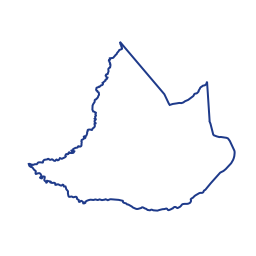 map outline of El Beni (Natural Earth projection), rotated 263°
{"feature_id": "BOL-1293", "entity_name": "El Beni", "entity_type": "Department", "adm_level": 1, "iso_a3": "BOL", "parent_name": "Bolivia", "parent_adm1": "", "projection": "natural_earth1", "projection_center": [-65.092, -13.43], "detail": "fine", "context": "isolated", "style": "outline", "palette": "blue", "viewbox_px": 256, "rotation_deg": 263, "n_neighbors": 0, "source": "natural_earth", "source_scale": "10m", "svg_char_len": 5651}
<svg xmlns="http://www.w3.org/2000/svg" viewBox="0 0 256 256"><g transform="rotate(263 128 128)"><path d="M104.4,25.1L104.5,25.5L103.9,27.1L103.5,27.5L102.8,27.7L102.8,27.9L103.2,28.8L103.0,29.2L103.0,29.7L103.4,30.9L103.2,33.0L103.7,33.7L104.2,34.0L104.6,34.5L104.8,35.5L104.5,37.4L104.1,38.9L104.2,39.3L105.4,39.7L105.9,40.1L106.3,40.6L106.6,41.1L106.7,44.0L107.1,44.7L107.1,45.1L107.0,45.4L106.3,46.0L105.9,46.8L105.9,47.4L106.2,48.7L105.9,49.3L104.8,50.3L104.4,50.9L104.3,51.7L104.6,52.2L105.1,52.6L105.4,53.1L105.2,53.6L104.5,54.3L104.6,55.1L105.0,55.7L106.4,56.8L106.2,57.2L105.6,58.3L105.5,58.6L106.6,61.8L107.3,62.8L108.4,62.5L109.4,63.2L109.6,63.6L109.6,64.0L109.3,64.6L109.5,65.5L110.2,65.7L110.8,66.2L111.0,66.5L110.3,66.8L110.2,67.1L110.3,67.9L110.0,69.1L110.0,70.3L110.1,70.8L111.1,71.7L111.4,71.9L111.7,71.5L111.9,69.5L112.1,69.2L112.5,69.1L112.6,69.4L112.5,70.1L112.9,70.6L113.9,71.2L114.2,72.3L114.7,73.4L114.7,74.7L114.8,75.5L115.0,75.8L115.7,76.1L115.9,76.4L115.9,76.9L115.4,77.8L115.4,78.5L115.6,79.0L115.9,79.4L116.8,79.8L118.0,79.9L119.8,80.4L120.5,80.1L121.8,80.6L122.2,81.8L122.5,82.5L123.5,83.6L123.2,84.1L123.4,84.4L123.7,84.6L124.1,84.5L124.2,83.3L124.3,83.1L124.8,83.1L125.1,83.8L125.1,84.1L124.8,84.7L125.5,85.7L127.6,86.8L128.9,86.9L129.4,87.4L130.0,87.7L130.6,87.6L131.1,88.1L131.2,88.8L131.1,90.2L130.5,91.6L130.6,92.2L131.7,92.7L132.5,94.1L133.3,95.0L133.9,95.3L134.6,95.4L135.7,95.2L136.2,95.3L136.5,96.4L137.0,96.4L138.0,95.6L138.6,95.6L139.1,95.7L139.5,96.0L140.3,97.0L140.6,97.1L141.3,96.1L141.8,96.7L143.5,96.8L144.1,97.7L144.7,97.7L145.6,97.3L146.0,97.4L146.6,97.9L147.1,98.0L147.4,97.6L148.8,95.6L148.8,95.4L150.6,94.9L154.7,95.6L156.4,96.7L157.6,97.8L158.1,98.1L159.4,98.3L159.7,98.4L160.2,99.0L160.4,100.0L161.1,100.5L161.3,101.1L162.4,102.0L163.4,102.4L164.2,103.1L164.6,103.3L166.6,103.3L166.9,103.2L167.3,102.6L167.9,102.1L168.5,102.1L168.9,101.4L169.8,101.0L171.6,101.6L171.9,102.1L172.1,103.3L172.5,103.9L172.3,104.3L172.3,104.7L173.3,105.9L173.5,106.2L173.6,106.9L173.8,107.6L174.1,108.1L174.5,108.4L175.1,108.6L175.8,108.2L176.1,108.7L177.7,111.2L177.8,111.4L178.6,111.5L178.8,111.7L179.0,112.5L179.3,113.0L179.8,113.4L180.4,113.7L180.5,113.1L180.8,112.9L181.8,112.8L182.5,112.2L182.8,112.2L183.4,112.6L183.9,113.1L184.0,114.2L184.1,114.4L186.7,115.6L188.4,115.6L189.0,115.7L189.4,116.0L190.2,117.1L190.3,117.6L190.9,117.7L191.7,118.1L193.0,118.3L193.4,118.2L193.7,117.9L194.3,118.2L194.8,118.1L195.2,117.8L196.6,117.5L196.9,117.5L197.7,118.1L197.7,117.4L198.0,117.5L198.7,118.4L199.0,118.5L199.4,118.5L199.4,121.2L199.5,121.8L199.8,122.3L200.4,122.8L201.7,124.4L202.1,124.6L202.6,125.6L203.9,126.4L205.3,128.0L206.4,128.8L207.1,131.3L207.4,131.7L208.1,131.8L209.8,131.3L210.3,131.6L210.9,131.2L212.3,130.7L214.5,130.5L157.1,168.2L147.2,171.5L145.8,172.2L146.4,175.4L146.5,179.4L146.6,181.1L146.6,182.1L146.2,184.0L146.5,185.6L146.7,186.2L147.6,187.8L148.6,191.2L151.7,196.6L152.2,197.1L153.3,197.7L153.7,198.2L153.9,198.7L154.0,200.3L154.2,200.8L155.5,202.4L155.9,202.6L156.5,202.7L156.8,202.9L157.7,203.7L159.1,204.6L159.7,205.3L160.0,206.1L160.8,207.3L161.0,209.0L161.1,209.7L161.4,210.1L162.4,211.3L163.8,211.8L164.4,212.1L125.7,209.9L125.3,209.9L124.9,209.7L122.1,210.4L111.1,211.8L110.2,212.5L108.8,215.2L107.9,217.4L107.8,217.9L107.8,219.0L106.3,224.4L105.8,225.4L105.4,226.0L102.7,227.5L92.6,230.8L91.7,230.9L90.3,230.8L87.2,230.1L85.0,229.2L83.5,228.4L80.7,226.3L80.1,225.7L75.3,220.0L73.7,217.5L72.7,214.7L72.4,214.0L63.1,203.4L57.3,197.3L56.7,196.0L56.5,195.7L55.3,195.0L55.0,194.7L54.8,194.3L54.6,193.6L54.8,191.8L54.7,190.9L52.9,186.7L52.1,185.4L51.0,184.1L50.2,182.3L49.6,181.6L48.9,181.6L48.2,181.7L47.5,181.5L46.4,180.7L46.0,180.0L45.6,178.8L45.5,177.6L45.8,174.9L45.8,173.5L45.7,172.8L45.4,172.2L44.0,170.8L43.4,169.9L42.5,167.5L42.7,166.9L43.6,165.9L43.9,165.2L43.9,164.6L43.7,163.9L43.4,163.3L42.7,162.6L42.6,162.2L42.5,161.4L42.2,161.0L41.8,159.7L41.5,158.4L41.7,157.8L42.0,157.5L42.9,157.0L43.3,156.5L43.4,156.0L43.1,154.3L43.2,152.3L42.8,149.2L42.5,147.7L42.4,147.2L43.2,143.2L44.0,141.7L44.1,141.0L43.7,140.1L43.7,139.5L44.3,137.4L45.5,136.2L46.0,135.1L47.2,133.4L47.5,132.8L47.5,132.1L47.0,131.3L46.5,128.2L46.5,127.0L46.9,125.9L48.2,123.7L48.6,123.1L49.6,122.2L51.9,119.1L52.3,117.8L53.3,117.0L54.4,114.6L54.9,114.1L55.5,114.0L56.0,114.1L56.4,113.9L57.8,110.0L59.4,102.2L59.4,101.4L58.8,99.2L59.9,97.3L60.0,96.8L59.7,96.2L59.7,95.8L59.6,93.7L59.7,93.1L60.6,91.1L60.2,89.3L60.4,88.6L61.0,87.1L61.0,86.3L60.8,85.4L60.8,84.7L61.2,83.1L61.4,81.7L61.2,80.0L60.8,78.4L60.2,77.1L59.8,76.5L59.6,76.4L59.1,76.6L58.9,76.5L58.7,75.9L58.5,75.1L58.7,74.4L59.1,74.3L59.7,74.4L60.2,74.2L61.0,73.4L61.4,72.6L61.2,72.1L60.6,71.2L60.6,70.6L60.9,70.3L62.6,70.3L63.7,68.9L64.2,68.7L65.2,68.8L65.7,68.5L66.1,67.9L66.1,67.1L65.9,65.4L66.1,64.8L66.8,63.9L66.9,63.2L66.8,62.4L66.8,61.6L67.1,60.9L67.8,60.6L70.4,60.4L72.4,60.7L73.1,60.4L74.7,59.3L76.7,59.0L77.6,58.8L77.8,57.3L79.4,56.9L79.7,56.3L79.5,55.8L79.2,55.5L79.0,55.1L79.1,54.3L79.4,53.7L80.4,52.2L80.7,51.6L80.4,49.8L80.5,49.0L80.8,48.9L81.8,49.1L82.5,48.4L82.7,47.3L82.7,46.1L83.0,45.1L83.3,44.6L83.7,45.0L84.2,44.7L84.5,44.0L84.9,42.7L85.5,41.2L85.2,40.7L84.9,40.6L84.3,40.9L84.0,40.9L83.7,40.5L83.7,40.3L84.6,40.0L85.8,38.9L86.4,38.6L87.6,38.8L88.8,39.3L89.8,39.3L90.2,38.4L90.1,37.7L89.7,37.1L89.3,36.7L88.7,36.5L88.5,36.2L88.7,35.6L89.1,34.9L89.4,34.7L89.7,34.9L90.1,35.3L90.6,36.2L91.0,36.3L91.7,36.1L93.0,35.6L93.7,35.0L94.0,34.4L94.0,32.9L93.6,31.5L93.7,30.9L94.4,30.7L96.3,31.2L96.9,30.8L98.0,29.7L100.5,28.3L100.8,28.0L100.9,27.4L101.4,26.6L102.3,25.6L102.8,25.4L104.4,25.1Z" fill="none" stroke="#1e3a8a" stroke-width="2"/></g></svg>